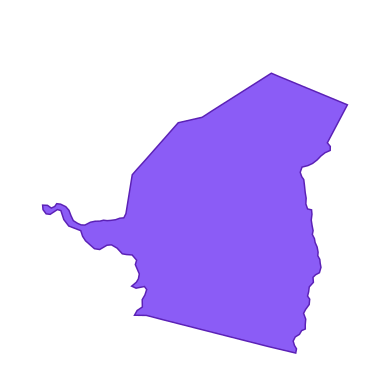 Jati, Ceará, Brazil (Albers equal-area conic projection), rotated 103°
{"feature_id": "56859067B99561003236729", "entity_name": "Jati", "entity_type": "district", "adm_level": 2, "iso_a3": "BRA", "parent_name": "Brazil", "parent_adm1": "Ceará", "projection": "albers", "projection_center": [-38.971, -7.726], "detail": "fine", "context": "isolated", "style": "filled", "palette": "violet", "viewbox_px": 384, "rotation_deg": 103, "n_neighbors": 0, "source": "geoboundaries", "source_scale": "gbopen_adm2", "svg_char_len": 1553}
<svg xmlns="http://www.w3.org/2000/svg" viewBox="0 0 384 384"><g transform="rotate(103 192 192)"><path d="M167.0,81.6L159.7,84.1L154.8,85.9L152.4,88.5L148.5,91.0L143.0,90.4L140.2,85.0L137.0,80.9L132.6,77.3L127.9,74.5L123.8,71.2L120.4,66.7L116.5,67.5L113.6,71.2L72.1,60.2L59.9,133.1L58.4,141.4L108.3,190.6L116.9,198.9L127.6,221.0L172.2,245.1L181.9,250.5L188.6,254.1L227.9,251.5L232.5,252.6L233.8,256.5L236.2,260.2L237.9,264.7L239.0,268.2L239.4,271.9L241.1,275.2L242.3,279.9L244.3,284.2L248.3,288.9L249.0,292.6L248.3,296.4L246.6,301.2L242.3,304.6L237.5,307.8L234.7,311.7L233.4,317.3L233.8,321.2L237.0,322.5L239.3,325.5L237.5,329.8L238.4,334.6L242.7,333.2L246.1,329.2L245.7,325.2L239.4,319.2L239.6,315.6L247.7,310.7L252.9,304.4L254.7,291.7L259.8,288.6L263.5,284.8L269.2,274.3L268.8,269.0L263.0,262.9L261.6,258.6L263.5,252.4L267.9,246.0L267.7,241.9L266.8,236.2L270.9,230.6L275.5,230.9L283.7,224.9L288.7,224.7L292.4,225.9L297.3,229.6L298.3,224.9L294.8,217.1L297.2,214.2L302.9,214.7L308.1,216.3L315.2,214.5L319.8,218.8L325.0,220.3L322.5,208.6L323.0,191.2L325.4,83.6L325.6,54.7L321.3,54.9L318.4,57.7L314.5,59.9L310.0,58.8L306.5,55.3L302.4,54.0L300.0,50.8L295.8,51.8L290.3,52.6L285.1,56.0L280.9,54.9L275.3,52.5L270.0,53.2L267.4,56.0L263.1,55.9L258.1,56.4L252.7,53.4L247.9,54.9L244.9,53.0L242.0,49.7L236.4,49.4L232.5,51.1L229.0,52.3L225.8,55.1L222.3,55.6L217.5,57.7L213.5,60.7L209.9,62.2L206.3,65.2L202.5,65.3L197.3,67.6L192.5,69.5L186.7,70.1L182.5,71.5L182.5,75.6L178.0,78.4L172.3,79.4L167.0,81.6Z" fill="#8b5cf6" stroke="#5b21b6" stroke-width="1.5"/></g></svg>